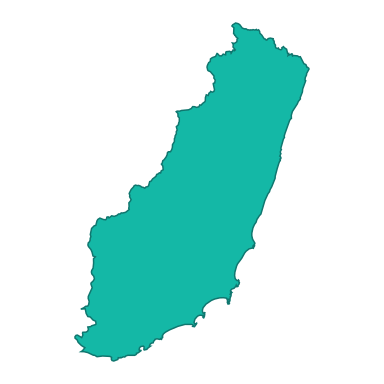 Taolagnaro, Anosy, Madagascar (orthographic projection)
{"feature_id": "10022922B85658862424992", "entity_name": "Taolagnaro", "entity_type": "district", "adm_level": 2, "iso_a3": "MDG", "parent_name": "Madagascar", "parent_adm1": "Anosy", "projection": "orthographic", "projection_center": [46.969, -24.588], "detail": "fine", "context": "isolated", "style": "filled", "palette": "teal", "viewbox_px": 384, "rotation_deg": 0, "n_neighbors": 0, "source": "geoboundaries", "source_scale": "gbopen_adm2", "svg_char_len": 5925}
<svg xmlns="http://www.w3.org/2000/svg" viewBox="0 0 384 384"><path d="M235.6,23.0L232.7,24.8L231.9,26.0L233.9,27.8L233.6,33.7L234.6,34.5L234.7,35.3L235.5,35.8L236.0,36.9L237.8,38.3L237.0,39.3L237.0,41.0L236.6,42.0L234.3,43.4L232.4,43.0L233.3,44.7L233.0,47.0L235.3,49.9L234.6,50.6L234.2,50.0L233.0,50.0L232.6,51.3L231.5,51.6L231.6,52.6L231.1,53.3L230.8,52.2L229.7,51.3L226.2,51.7L225.8,52.4L225.6,54.8L223.2,54.1L221.6,55.9L219.5,55.8L217.5,53.6L217.0,53.5L215.6,56.4L212.3,57.6L210.5,58.9L210.2,61.6L208.7,62.6L207.4,65.4L207.0,67.1L207.7,70.1L208.3,70.8L210.4,71.7L214.0,76.0L213.9,78.1L215.2,80.0L214.7,83.0L213.4,83.3L213.2,83.7L214.5,89.7L213.9,91.4L212.3,92.2L210.6,91.4L210.2,92.3L209.0,93.1L208.2,95.5L206.3,94.8L205.4,97.6L205.3,100.7L204.9,101.7L202.6,103.4L201.0,105.2L199.8,104.9L198.9,106.8L196.5,107.4L194.7,106.7L192.7,106.6L191.3,108.5L188.6,109.8L181.4,110.5L179.6,111.2L177.1,111.1L176.2,111.7L177.9,113.4L178.0,116.5L179.3,117.8L179.3,121.5L178.6,123.1L178.5,124.6L176.3,126.7L177.2,130.1L176.3,131.5L176.3,133.8L175.1,135.9L175.0,137.6L174.4,138.6L174.4,141.6L172.5,144.6L172.4,147.3L171.8,149.5L170.5,151.7L168.3,151.8L167.4,152.8L167.2,154.6L166.1,157.0L164.1,159.7L162.8,160.7L162.1,163.5L161.4,164.1L162.8,166.0L163.2,169.7L161.2,170.9L160.6,173.0L159.4,172.8L157.6,174.2L156.7,174.4L155.9,176.4L152.6,178.9L151.1,181.1L149.7,181.6L148.6,185.6L147.9,186.5L145.7,187.1L144.8,188.2L143.1,187.3L141.6,187.1L140.7,186.2L138.7,185.4L137.2,185.6L135.6,185.1L134.2,185.7L133.4,187.1L131.2,189.4L129.2,193.4L129.8,195.4L129.6,196.8L131.1,199.6L130.3,201.2L128.9,202.8L129.1,206.5L128.7,208.3L129.2,209.3L128.8,209.8L125.6,212.3L122.7,213.0L121.2,212.9L120.2,213.9L118.5,214.0L117.1,215.3L114.2,216.4L111.7,215.8L109.0,217.9L108.1,216.8L106.8,217.2L106.7,218.5L105.7,219.8L103.4,219.5L99.9,218.1L97.9,219.4L97.0,220.8L95.8,225.4L94.3,225.7L91.6,228.4L90.3,234.5L90.9,236.6L90.2,238.4L90.1,240.4L89.2,242.1L88.3,242.8L87.9,245.0L88.5,246.6L90.9,249.5L92.0,252.0L93.0,256.0L95.3,256.8L93.5,258.7L93.6,263.0L93.1,268.1L91.7,270.5L91.4,272.0L91.8,273.9L93.8,276.3L94.4,279.0L93.0,281.2L91.2,282.8L90.9,283.9L92.2,287.7L88.3,296.4L88.2,298.4L89.2,301.5L88.6,304.7L87.7,306.1L85.7,306.3L83.6,307.9L80.8,309.1L85.2,308.8L86.2,313.5L87.8,316.5L90.3,317.0L93.0,320.0L95.6,321.2L96.0,323.2L95.8,324.4L95.2,324.7L91.8,325.7L90.7,326.6L87.8,327.0L88.4,329.3L87.7,331.1L86.2,332.1L82.8,332.3L82.5,333.1L82.9,335.1L81.7,337.6L77.5,335.1L76.1,335.3L75.0,336.6L75.0,338.1L77.2,340.0L78.2,342.4L81.4,345.5L84.9,347.7L82.4,350.8L81.1,351.6L84.1,351.7L87.9,352.6L93.3,355.2L94.7,355.3L97.0,356.7L102.7,356.0L110.0,356.4L111.6,357.4L111.3,359.1L112.0,360.5L113.8,361.0L117.8,359.5L118.3,357.7L119.1,358.0L120.5,357.5L120.9,357.9L123.4,356.8L124.8,357.0L125.8,356.0L127.8,355.3L134.7,355.3L136.0,354.6L136.8,353.6L136.6,353.3L138.3,352.7L141.0,350.7L140.8,350.3L139.4,350.4L139.1,349.7L139.5,347.9L140.6,346.6L143.3,346.1L144.1,346.9L143.9,349.4L144.7,349.5L144.6,349.9L146.8,349.4L148.1,347.9L150.3,346.3L149.8,346.3L149.5,345.8L150.2,344.1L151.6,343.1L153.2,342.8L153.6,341.2L154.6,340.4L154.9,339.4L156.9,338.8L159.8,339.4L160.7,338.6L161.1,339.3L161.5,339.4L162.2,337.6L162.6,337.5L162.6,336.1L162.3,336.0L163.4,333.9L165.4,332.2L169.7,329.8L178.0,326.3L185.0,324.4L191.5,324.4L192.8,324.9L193.3,325.5L192.7,326.4L194.5,326.7L196.4,324.0L195.9,324.0L196.1,323.4L194.9,324.1L194.0,322.5L194.9,319.2L197.0,316.7L198.3,315.7L199.9,315.2L202.5,315.4L202.6,316.0L203.4,316.4L203.0,317.4L203.5,317.9L203.8,317.8L204.6,315.8L204.0,315.1L204.7,314.5L204.5,313.8L204.9,312.8L204.4,312.6L203.8,313.3L203.4,313.1L203.7,312.9L203.2,313.0L202.6,312.1L202.4,310.1L203.1,307.7L206.0,304.1L211.4,300.4L214.7,299.0L219.8,297.8L223.6,297.7L226.0,298.1L226.7,298.3L227.1,299.6L227.8,299.4L227.3,302.4L227.8,303.6L228.2,303.1L228.5,304.0L229.0,304.0L229.3,303.5L228.8,303.3L229.0,302.3L228.6,301.6L229.5,301.8L230.1,299.9L229.9,299.4L229.4,299.8L229.0,299.6L230.1,298.4L230.5,296.9L229.6,296.6L230.5,296.6L231.0,296.0L231.1,294.4L230.4,294.3L231.7,292.7L231.0,292.7L231.5,292.1L231.2,291.6L230.6,291.7L230.5,290.5L231.9,289.0L234.0,288.3L235.8,286.4L236.2,285.3L236.6,286.5L237.1,286.2L237.3,286.6L237.9,286.4L237.7,285.9L239.1,283.9L239.4,282.4L238.8,281.8L238.9,280.5L238.4,279.9L237.8,280.6L236.9,280.5L235.6,279.2L235.1,278.3L234.6,275.6L234.9,272.1L236.6,266.0L237.6,263.8L241.7,258.3L244.7,252.9L246.2,251.1L249.2,248.8L252.6,248.0L253.3,248.3L253.6,247.7L252.8,247.3L253.2,245.7L254.0,245.6L254.1,246.4L254.4,246.2L254.6,245.1L254.1,244.7L254.9,243.2L252.6,239.2L251.8,235.8L251.8,233.2L252.9,228.0L254.4,224.6L256.1,222.2L256.9,219.5L259.4,215.7L260.9,214.1L264.8,200.7L267.9,193.9L269.5,191.7L270.1,189.6L271.7,186.8L275.1,178.3L275.2,176.2L277.2,168.6L278.8,163.4L279.6,161.3L280.3,160.7L280.0,159.1L280.6,158.9L281.0,158.0L280.3,156.3L279.8,156.1L280.9,153.6L280.4,152.9L280.4,151.4L281.4,149.5L280.9,148.9L281.0,147.6L283.4,139.1L284.5,137.3L284.2,136.1L285.0,133.4L289.6,120.5L290.9,118.6L291.4,118.5L291.3,115.3L292.4,111.5L297.3,103.9L298.3,101.5L300.4,98.9L300.2,97.7L302.4,92.0L302.7,89.0L305.7,80.7L305.0,80.0L305.3,77.5L306.5,75.0L306.6,73.5L309.0,69.1L308.8,68.3L307.6,67.3L307.0,67.4L305.9,64.6L303.9,63.7L300.3,56.7L299.1,56.9L297.5,55.9L293.7,55.5L292.6,56.0L292.6,55.1L292.0,54.9L292.2,54.0L291.8,53.8L291.1,54.3L290.0,54.4L289.7,54.9L289.1,54.6L288.1,55.4L288.6,53.4L287.6,53.4L286.6,49.2L284.2,47.6L283.5,46.6L281.9,47.7L282.1,48.3L281.6,49.4L280.9,49.8L278.8,49.1L278.3,48.0L277.3,48.5L275.8,47.8L275.3,46.1L275.5,45.2L274.1,43.1L274.3,42.0L273.7,40.3L273.0,39.8L273.2,38.7L270.2,38.1L268.1,38.6L267.2,39.8L266.2,40.1L265.5,39.1L264.2,38.8L261.7,35.0L259.9,33.3L259.6,31.3L258.6,29.8L257.7,30.2L257.1,30.2L256.4,29.4L255.0,30.1L253.0,29.6L252.1,30.1L250.8,29.8L250.0,30.3L248.9,29.8L247.7,29.9L246.0,28.8L244.7,28.9L242.3,28.1L239.7,24.6L238.0,23.6L235.6,23.0Z" fill="#14b8a6" stroke="#0f766e" stroke-width="1.5"/></svg>